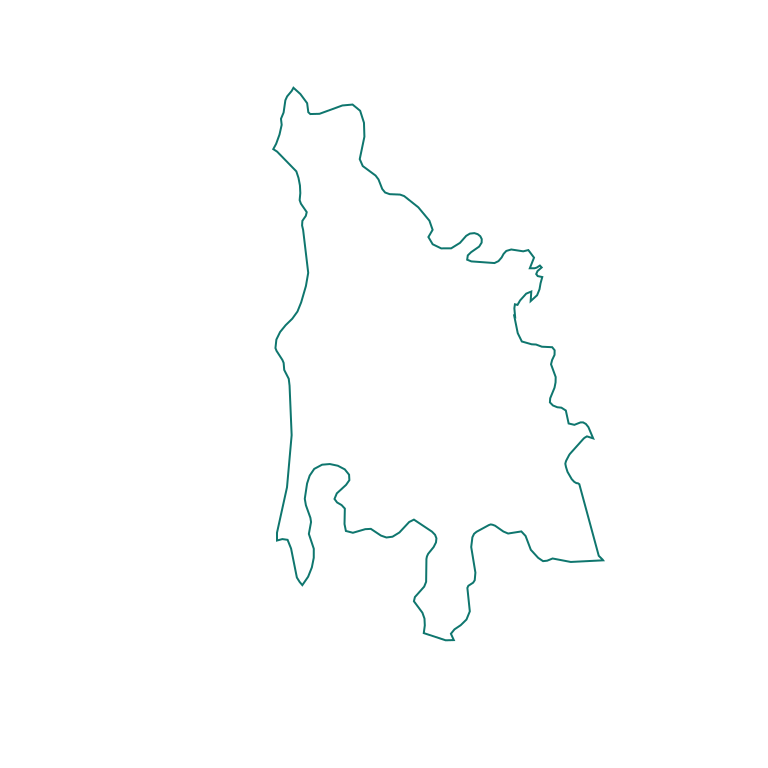 an SVG outline of Roma, rotated 47°
{"feature_id": "ITA-5422", "entity_name": "Roma", "entity_type": "Province", "adm_level": 1, "iso_a3": "ITA", "parent_name": "Italy", "parent_adm1": "", "projection": "natural_earth1", "projection_center": [12.606, 41.858], "detail": "fine", "context": "isolated", "style": "outline", "palette": "teal", "viewbox_px": 768, "rotation_deg": 47, "n_neighbors": 0, "source": "natural_earth", "source_scale": "10m", "svg_char_len": 3069}
<svg xmlns="http://www.w3.org/2000/svg" viewBox="0 0 768 768"><g transform="rotate(47 384 384)"><path d="M475.4,580.9L471.3,580.7L466.1,579.7L441.0,564.2L432.2,560.8L428.1,564.1L425.5,569.0L419.8,563.7L393.4,525.4L358.4,486.4L320.8,454.2L315.2,450.1L305.7,447.4L300.1,443.0L297.1,441.9L286.5,440.0L283.7,438.9L278.1,432.4L275.1,424.5L273.9,415.8L273.7,406.6L272.0,397.9L267.8,388.9L259.1,374.3L251.0,363.6L216.2,338.1L212.2,335.8L209.0,332.4L207.7,326.5L205.6,323.3L195.5,321.8L192.0,320.3L187.3,315.0L181.5,310.1L175.0,306.0L168.7,303.1L141.1,303.7L136.7,304.8L134.8,299.1L130.3,290.3L124.7,282.1L119.8,278.5L117.0,272.3L109.2,262.6L107.6,258.7L106.7,251.6L105.6,248.2L114.9,247.4L126.2,248.7L133.6,254.0L136.3,253.8L142.4,246.9L151.9,224.5L158.2,216.4L167.9,215.1L179.3,220.5L189.8,229.7L203.0,248.4L210.1,250.9L225.8,248.0L230.6,248.5L240.2,252.3L244.7,252.6L249.0,250.4L256.4,243.1L260.3,241.1L278.2,238.4L295.5,239.4L304.4,243.3L306.8,251.3L315.0,253.1L323.8,249.7L330.6,242.3L332.6,232.2L331.7,222.8L332.6,218.6L335.3,215.0L338.3,213.3L341.6,212.8L344.7,213.7L347.2,216.2L348.4,220.7L347.0,230.4L347.1,235.0L349.8,238.4L353.9,236.5L370.9,220.7L372.2,216.5L371.7,211.7L370.4,207.8L370.1,203.8L372.4,199.2L381.9,191.7L384.5,187.1L393.9,188.1L398.8,198.4L402.0,195.0L403.0,193.0L403.7,189.2L406.3,189.2L406.1,194.7L407.4,197.7L409.9,198.0L413.7,195.3L417.1,200.8L420.8,205.7L423.5,211.5L423.4,220.2L416.8,213.2L414.9,218.4L415.7,227.5L417.2,232.4L415.0,233.9L417.5,237.0L423.4,241.6L421.7,241.5L438.0,251.5L446.9,254.2L455.7,248.9L458.8,245.9L464.4,243.1L471.8,235.9L475.7,236.2L479.0,239.4L481.1,244.7L483.5,248.4L496.0,253.7L499.8,257.4L503.0,261.8L507.8,272.2L510.6,275.2L514.9,275.1L519.2,273.1L522.3,270.4L527.4,269.1L538.8,275.9L543.7,272.6L546.1,266.5L547.8,264.6L550.9,263.6L554.9,263.9L566.4,268.1L560.7,271.3L560.1,274.1L560.1,275.6L561.9,295.6L562.2,297.0L564.3,303.0L565.0,304.3L566.0,305.8L568.8,307.5L573.4,309.7L581.6,311.6L585.3,311.6L587.7,310.9L588.8,309.9L590.5,309.5L656.1,344.1L661.6,343.9L662.4,344.0L641.5,368.8L626.6,379.7L624.5,385.2L622.0,388.5L616.3,389.8L605.4,389.7L591.7,384.1L585.5,384.1L578.0,395.2L573.3,397.3L563.4,399.4L561.0,400.6L559.5,401.7L558.7,403.5L555.2,417.1L555.0,420.3L556.4,423.9L562.7,431.4L584.3,445.8L589.4,451.5L590.1,454.3L589.1,459.9L590.0,462.1L608.8,476.3L612.5,484.3L612.7,492.3L611.5,499.8L612.3,505.4L618.9,507.6L613.5,513.7L593.3,524.8L588.4,518.8L583.2,514.4L577.5,511.9L563.3,510.3L560.9,506.7L559.6,492.8L557.4,488.1L540.9,472.3L539.4,470.2L538.3,467.5L537.1,458.9L535.3,454.0L532.6,450.9L529.1,449.5L524.7,449.6L503.6,454.6L502.1,459.7L503.1,474.0L501.5,481.9L497.9,486.9L492.8,489.6L481.0,492.4L477.4,496.7L471.6,508.2L465.5,512.1L459.5,508.4L448.4,497.6L443.6,497.6L438.6,499.1L434.3,498.6L431.8,493.1L431.9,480.5L430.7,474.9L426.5,471.4L419.7,470.9L412.3,473.5L405.6,478.2L400.8,484.3L398.5,492.9L400.3,500.8L404.3,508.1L413.9,520.2L419.4,523.8L431.7,529.1L435.2,531.5L442.4,541.2L456.6,547.7L463.2,553.9L468.9,561.8L473.2,570.9L475.4,580.9Z" fill="none" stroke="#0f766e" stroke-width="2"/></g></svg>